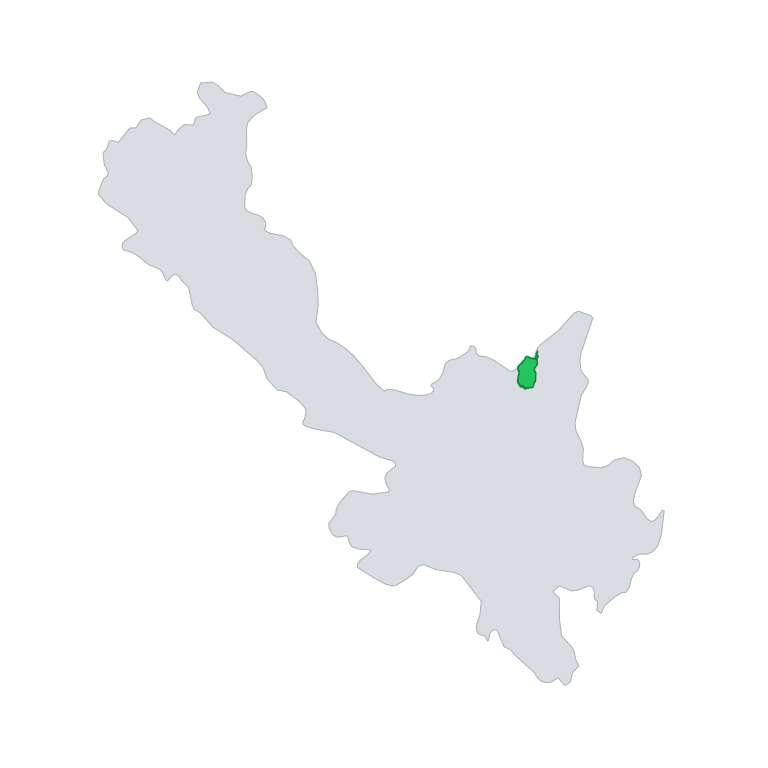 Meun, Vientiane, Laos shown in context, rotated 175°
{"feature_id": "54806243B19210763437500", "entity_name": "Meun", "entity_type": "district", "adm_level": 2, "iso_a3": "LAO", "parent_name": "Laos", "parent_adm1": "Vientiane", "projection": "albers", "projection_center": [101.935, 18.217], "detail": "fine", "context": "in_parent", "style": "filled", "palette": "green", "viewbox_px": 768, "rotation_deg": 175, "n_neighbors": 0, "source": "geoboundaries", "source_scale": "gbopen_adm2", "svg_char_len": 7636}
<svg xmlns="http://www.w3.org/2000/svg" viewBox="0 0 768 768"><g transform="rotate(175 384 384)"><path d="M255.9,76.8L259.7,83.8L277.6,102.8L280.7,107.9L287.3,111.9L292.8,128.7L295.1,129.7L298.1,128.6L300.3,126.2L302.2,119.7L303.4,119.0L305.4,124.3L310.4,125.9L312.7,128.2L313.3,132.3L312.6,136.5L308.5,146.1L306.0,159.0L323.7,186.6L331.1,190.3L348.7,194.7L360.6,200.7L366.1,199.2L371.3,192.3L377.6,188.4L389.4,182.3L392.8,182.0L399.3,184.2L410.1,191.0L426.5,203.7L426.0,207.1L423.1,210.5L414.5,215.8L411.7,219.1L413.4,220.3L420.7,221.0L429.2,223.8L431.9,227.2L433.4,234.8L435.0,236.2L442.9,235.3L445.4,236.3L448.2,238.7L451.2,245.1L451.2,249.9L443.4,258.4L442.6,263.5L438.6,269.6L427.9,279.8L425.0,280.5L404.9,275.2L389.0,276.1L387.8,278.3L390.5,284.3L391.4,290.4L388.9,295.0L379.8,301.1L379.5,303.7L381.4,306.3L394.8,311.6L437.8,340.1L457.3,345.3L465.9,348.9L468.2,350.9L468.1,353.4L465.9,356.7L464.2,362.4L464.2,365.8L466.2,369.1L469.7,374.0L481.9,384.8L490.8,387.3L500.2,399.7L503.1,410.8L507.8,417.8L530.6,441.2L549.5,455.5L561.0,471.1L566.5,474.6L568.3,480.3L570.2,497.0L576.9,505.2L578.3,508.5L581.2,510.9L584.3,511.3L590.7,505.7L592.1,506.4L595.3,515.2L598.1,518.3L608.1,523.4L618.9,533.8L624.7,537.5L631.9,540.3L632.9,543.6L631.8,547.1L629.6,549.4L617.5,555.9L616.0,558.6L624.4,572.0L645.3,588.2L652.0,598.1L650.7,602.9L645.4,612.9L641.3,615.7L640.2,618.8L643.6,626.7L643.7,639.0L639.8,642.1L636.5,649.8L634.0,650.4L627.6,647.9L614.8,661.2L609.1,660.7L602.7,668.2L594.2,669.3L588.2,664.1L575.4,655.7L570.8,650.4L567.0,655.2L560.5,659.8L551.1,658.5L548.8,665.0L547.0,666.2L535.7,667.6L533.6,668.7L535.6,674.6L542.5,684.5L544.6,690.2L540.7,699.8L529.0,699.8L523.6,696.0L516.8,688.2L501.7,683.2L491.8,687.0L488.7,686.9L481.1,680.3L478.2,676.0L476.4,669.6L487.7,664.2L493.4,660.0L497.2,655.6L498.6,651.1L500.1,632.4L501.7,625.8L500.6,617.7L497.4,611.4L497.2,601.9L498.7,594.1L502.9,590.2L505.8,584.5L507.4,572.1L505.9,568.9L501.6,565.9L494.4,563.1L489.8,559.6L487.9,555.2L488.0,551.3L490.1,547.9L484.7,544.2L471.6,540.4L464.3,535.5L462.7,529.8L457.2,522.4L447.7,513.2L442.6,499.8L441.9,482.3L442.7,468.0L446.5,451.4L440.9,439.5L434.9,433.3L426.6,428.8L418.7,422.2L411.1,413.7L402.0,401.0L391.5,384.2L384.4,376.7L380.8,378.5L373.3,377.0L361.8,372.2L351.8,369.7L343.3,369.3L337.8,370.5L335.3,373.1L335.1,375.7L337.3,378.2L336.1,380.1L331.7,381.6L328.1,384.4L324.1,390.6L321.3,398.8L317.1,401.9L310.6,402.6L304.2,405.0L297.8,409.0L294.9,412.0L295.2,414.0L293.8,414.5L290.8,413.4L289.3,410.7L289.4,406.4L286.2,403.6L279.6,402.2L272.0,397.7L257.7,386.0L254.4,385.5L249.7,388.5L243.5,395.1L238.5,397.7L234.5,396.3L231.4,398.6L229.2,404.6L225.2,409.3L205.8,421.9L188.4,438.1L184.0,439.5L173.4,434.9L170.1,431.7L184.7,398.5L186.9,390.4L186.5,379.7L180.5,370.8L180.2,368.2L181.2,365.5L188.6,355.2L197.2,328.6L196.8,320.3L193.1,311.2L191.1,302.6L192.7,290.8L192.1,286.3L188.1,284.0L175.0,281.6L167.4,283.4L163.8,286.6L159.4,288.6L151.1,289.6L143.3,285.6L136.9,278.8L135.4,270.5L143.7,252.8L145.7,246.0L145.5,242.7L144.1,239.3L142.2,238.9L138.0,234.6L134.0,227.2L130.2,223.8L126.6,224.4L123.3,227.2L117.7,234.1L116.0,233.2L121.1,208.7L125.7,198.3L131.1,193.5L136.7,191.5L142.7,192.3L147.7,191.4L151.7,188.9L151.3,187.5L146.6,187.1L144.7,184.2L145.7,179.0L147.9,175.7L151.1,174.1L154.3,168.9L157.4,160.0L161.2,155.4L165.5,155.4L173.0,151.5L183.6,144.0L187.7,136.7L191.7,140.1L190.2,148.6L192.2,150.4L193.2,153.4L192.6,158.2L193.5,162.2L195.1,164.2L197.4,165.1L208.6,161.7L215.5,161.5L226.7,167.7L233.3,163.1L233.5,161.4L228.0,155.5L229.7,134.0L229.0,117.7L219.8,105.6L217.9,100.7L217.0,92.8L214.4,86.1L221.0,80.6L224.5,70.7L229.2,68.2L230.6,68.6L236.2,76.1L243.4,72.4L248.8,72.4L253.4,74.4L255.9,76.8Z" fill="#d9dde1" stroke="#a8b0b8" stroke-width="1"/><path d="M239.6,367.8L239.4,367.7L238.2,367.7L237.3,367.5L236.8,367.6L235.9,367.8L235.6,368.5L234.4,371.6L233.7,372.6L233.1,373.3L232.8,374.1L232.6,375.2L232.4,377.4L232.2,379.1L231.9,380.3L232.0,382.1L232.3,383.0L232.6,383.7L232.9,384.5L233.0,385.1L232.8,385.9L232.3,387.0L231.3,388.1L230.4,389.1L230.1,389.4L229.9,389.9L229.6,390.3L229.5,390.8L229.4,391.1L229.4,391.7L229.6,393.1L229.5,393.8L229.4,394.3L229.3,395.1L229.4,395.7L229.4,396.1L229.3,396.4L229.3,396.5L229.0,396.7L228.7,396.9L228.3,397.4L228.3,397.6L228.3,397.9L228.3,398.2L228.3,398.3L228.2,398.4L228.2,398.5L228.3,398.6L228.4,398.8L228.6,398.9L228.8,398.8L228.9,399.0L229.0,399.1L229.2,399.5L229.0,400.3L229.0,400.5L228.7,400.8L228.7,401.1L228.7,401.4L228.5,401.7L228.3,402.0L228.2,402.4L228.2,402.7L228.2,403.0L228.4,403.3L228.5,403.2L228.6,402.7L228.6,402.4L228.7,402.2L228.8,402.0L228.9,401.8L229.3,401.6L229.5,401.3L229.7,400.9L229.9,399.8L229.9,398.9L229.9,398.7L230.0,398.5L230.1,398.3L230.5,397.9L230.7,397.2L230.8,396.6L230.8,396.4L230.9,396.1L231.0,396.0L231.2,395.9L231.4,395.8L231.7,395.6L231.9,395.5L232.0,395.6L232.4,396.0L232.5,396.1L232.7,396.3L233.1,396.3L233.9,396.6L234.2,396.7L234.3,396.7L234.6,396.6L234.9,396.6L235.2,396.8L235.4,396.9L235.4,397.0L235.6,397.2L235.7,397.3L235.9,397.3L236.2,397.4L236.6,397.6L237.0,397.8L237.3,398.0L237.6,398.2L238.1,398.6L238.2,398.8L238.5,399.0L238.8,399.0L239.3,398.9L239.6,398.7L240.5,398.3L240.7,398.2L240.9,398.1L241.0,397.9L240.9,397.5L240.9,397.4L241.2,396.8L241.4,396.6L241.5,396.3L241.8,396.0L242.3,395.4L242.5,395.2L242.9,395.0L242.9,394.9L243.4,394.7L243.6,394.5L243.8,394.3L243.9,394.2L244.0,394.1L243.9,393.6L244.0,393.4L244.4,393.5L244.6,393.4L244.8,392.9L245.3,392.6L245.7,392.4L245.8,392.3L246.0,392.1L246.3,391.9L246.6,391.9L246.8,391.7L247.1,391.4L247.3,391.2L247.5,391.0L247.6,390.9L247.8,390.6L248.0,390.5L248.3,390.3L248.3,390.2L248.6,389.9L248.8,389.8L249.0,389.7L248.9,389.4L249.2,388.3L249.2,387.9L249.2,387.6L249.2,387.2L249.1,386.7L249.1,386.4L249.2,385.5L249.1,385.3L248.8,385.2L248.6,385.2L248.4,385.2L248.2,385.1L248.1,384.7L248.1,384.3L248.3,383.9L248.7,383.1L248.8,382.9L248.7,382.4L248.9,382.1L249.0,381.8L249.0,381.7L248.8,381.5L248.8,381.3L248.9,381.2L249.4,380.8L249.4,380.7L249.5,380.3L249.5,380.0L249.7,379.6L249.8,379.3L249.8,378.8L249.9,378.5L250.0,378.2L250.0,377.8L250.1,377.6L249.9,377.4L249.8,377.2L250.0,377.0L250.1,376.7L250.4,376.4L250.7,376.1L250.5,375.9L250.2,375.8L250.1,375.7L250.2,375.0L250.4,374.7L250.6,374.6L250.7,374.4L250.8,374.1L250.8,373.9L250.6,373.8L250.4,373.6L250.4,373.2L250.1,372.9L250.0,372.7L249.9,372.6L249.7,372.5L249.4,372.6L249.3,372.8L249.1,372.6L249.2,372.4L249.2,372.2L249.0,371.9L248.9,371.8L248.9,371.7L249.0,371.6L249.2,371.4L249.2,371.2L249.3,370.9L249.3,370.7L249.2,370.7L248.9,370.6L248.7,370.6L248.4,370.6L248.2,370.3L248.3,370.2L248.3,369.9L248.2,370.0L248.2,369.9L248.3,369.8L248.3,369.7L248.1,369.6L248.0,369.4L247.9,369.4L247.9,369.6L247.7,369.7L247.6,369.2L247.4,369.2L247.3,369.4L247.3,369.5L247.2,369.5L246.9,369.5L246.7,369.5L246.6,369.4L246.2,369.7L246.3,369.9L246.2,369.9L245.9,369.9L245.9,369.7L245.7,369.6L245.4,369.6L245.5,369.5L245.5,369.4L245.4,369.3L245.5,369.1L245.5,368.9L245.4,368.8L245.4,368.7L245.5,368.7L245.6,368.4L245.4,368.3L245.5,368.2L245.4,368.1L245.2,368.2L245.1,368.3L245.1,368.0L244.8,367.9L244.7,367.9L244.5,367.7L244.4,367.5L244.2,367.5L244.2,367.4L244.2,367.2L244.0,367.3L243.9,367.4L243.9,367.5L243.8,367.4L243.7,367.4L243.5,367.2L243.5,366.9L243.4,366.9L243.2,366.8L242.9,366.9L242.8,367.0L242.7,367.2L242.6,367.3L242.4,367.4L242.2,367.4L242.3,367.6L242.2,367.7L242.2,367.8L241.9,367.8L241.7,367.8L241.6,367.7L241.4,367.7L241.2,367.7L241.1,367.8L241.0,367.7L240.9,367.5L240.9,367.4L240.8,367.2L240.7,367.2L240.6,367.3L240.4,367.7L240.3,367.8L240.2,367.9L239.8,367.9L239.7,367.9L239.6,367.8Z" fill="#22c55e" stroke="#15803d" stroke-width="1.5"/></g></svg>